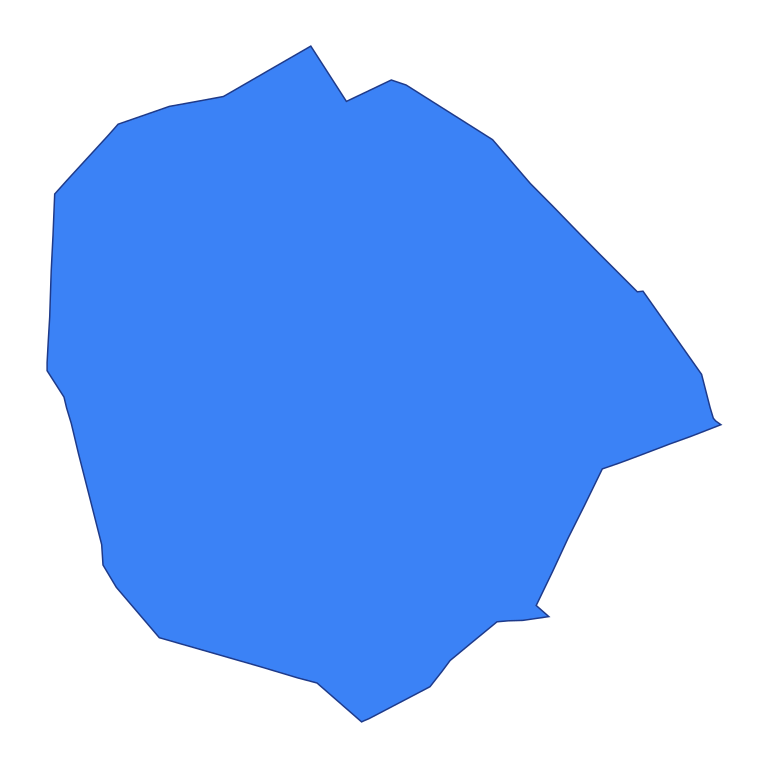 the district of Villa Tejúpam de la Unión, Oaxaca, Mexico
{"feature_id": "50627088B36340506209634", "entity_name": "Villa Tejúpam de la Unión", "entity_type": "district", "adm_level": 2, "iso_a3": "MEX", "parent_name": "Mexico", "parent_adm1": "Oaxaca", "projection": "mercator", "projection_center": [-97.464, 17.665], "detail": "fine", "context": "isolated", "style": "filled", "palette": "blue", "viewbox_px": 768, "rotation_deg": 0, "n_neighbors": 0, "source": "geoboundaries", "source_scale": "gbopen_adm2", "svg_char_len": 1093}
<svg xmlns="http://www.w3.org/2000/svg" viewBox="0 0 768 768"><path d="M643.0,291.2L637.3,291.8L599.2,253.7L588.5,242.8L580.1,234.3L553.6,207.0L530.3,183.5L492.6,139.7L406.1,85.0L391.3,80.0L346.4,101.4L310.8,46.1L266.9,71.4L264.0,73.1L261.6,74.5L257.8,76.7L256.8,77.2L256.0,77.7L254.5,78.6L252.5,79.7L251.5,80.3L249.5,81.5L247.2,82.8L224.1,96.1L223.7,96.3L223.4,96.5L194.2,101.9L169.3,106.4L118.1,124.2L108.3,135.3L72.1,174.7L66.9,180.4L54.7,194.0L53.4,225.7L53.0,235.5L51.2,271.1L49.7,317.1L48.4,338.8L48.3,340.4L47.1,362.6L47.1,367.8L47.1,368.1L47.1,370.7L64.0,397.1L66.6,408.0L71.3,423.5L78.5,453.7L90.1,499.1L101.7,544.7L103.0,565.0L116.3,587.3L159.3,637.7L260.0,666.6L297.7,677.9L317.0,683.0L361.6,721.9L363.9,720.8L368.9,718.7L430.0,686.7L442.0,671.4L450.1,660.5L451.8,659.1L469.9,644.1L497.0,621.8L508.4,620.8L522.7,620.4L548.8,616.6L536.2,605.5L552.6,571.5L568.1,538.1L584.6,505.2L602.3,468.9L619.7,462.9L629.4,459.3L652.7,450.5L668.9,444.3L691.6,436.1L720.9,424.7L715.6,420.9L713.3,418.2L710.1,407.6L701.6,374.4L643.0,291.2Z" fill="#3b82f6" stroke="#1e3a8a" stroke-width="1.5"/></svg>